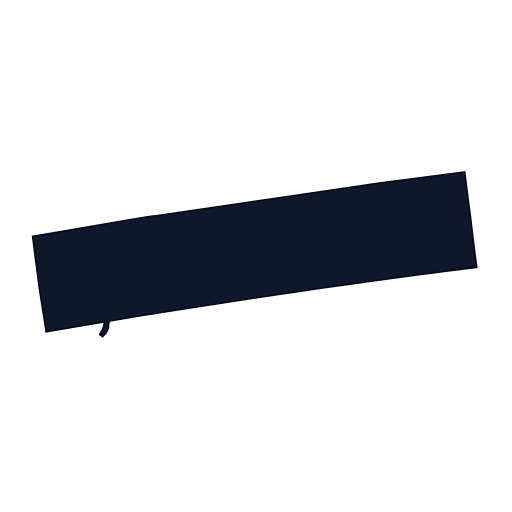 the district of Halfa, Northern, Sudan, rotated 171°
{"feature_id": "16777658B39778167930026", "entity_name": "Halfa", "entity_type": "district", "adm_level": 2, "iso_a3": "SDN", "parent_name": "Sudan", "parent_adm1": "Northern", "projection": "orthographic", "projection_center": [30.005, 21.349], "detail": "fine", "context": "isolated", "style": "filled", "palette": "ink", "viewbox_px": 512, "rotation_deg": 171, "n_neighbors": 0, "source": "geoboundaries", "source_scale": "gbopen_adm2", "svg_char_len": 1119}
<svg xmlns="http://www.w3.org/2000/svg" viewBox="0 0 512 512"><g transform="rotate(171 256 256)"><path d="M475.3,213.9L437.0,214.4L434.2,214.4L416.4,214.6L416.7,212.4L417.3,211.1L417.8,209.7L419.1,207.4L419.2,207.2L421.4,205.0L422.7,202.7L421.4,201.8L420.9,200.7L420.2,200.2L417.2,202.5L416.7,202.8L416.5,203.1L414.8,205.2L414.6,205.4L414.4,205.7L413.0,208.0L412.4,211.1L411.1,214.5L410.4,214.6L386.3,215.0L386.1,215.0L362.0,215.0L338.2,215.0L314.8,214.9L314.6,214.9L290.9,214.8L267.4,214.7L243.7,214.5L220.2,214.2L211.7,214.1L208.2,214.1L196.7,214.0L172.6,213.5L148.7,213.1L124.7,212.6L101.0,212.1L77.5,211.4L54.0,210.7L48.9,210.5L43.5,210.3L39.9,210.2L39.7,210.2L39.3,226.1L38.7,243.4L38.0,260.9L37.6,278.1L37.0,295.2L36.7,306.4L121.8,308.8L350.4,311.4L351.9,311.8L352.4,311.7L352.6,311.7L358.3,311.7L377.8,311.6L471.5,310.4L473.6,310.4L474.1,294.7L474.4,285.1L474.5,279.3L475.1,259.7L475.1,257.9L475.1,257.2L475.1,256.4L475.1,255.8L475.1,243.9L475.1,233.2L475.1,232.5L475.1,223.3L475.1,219.9L475.1,219.7L475.1,219.1L475.2,215.1L475.3,214.1L475.3,213.9Z" fill="#0f172a" stroke="#020617" stroke-width="1.5"/></g></svg>